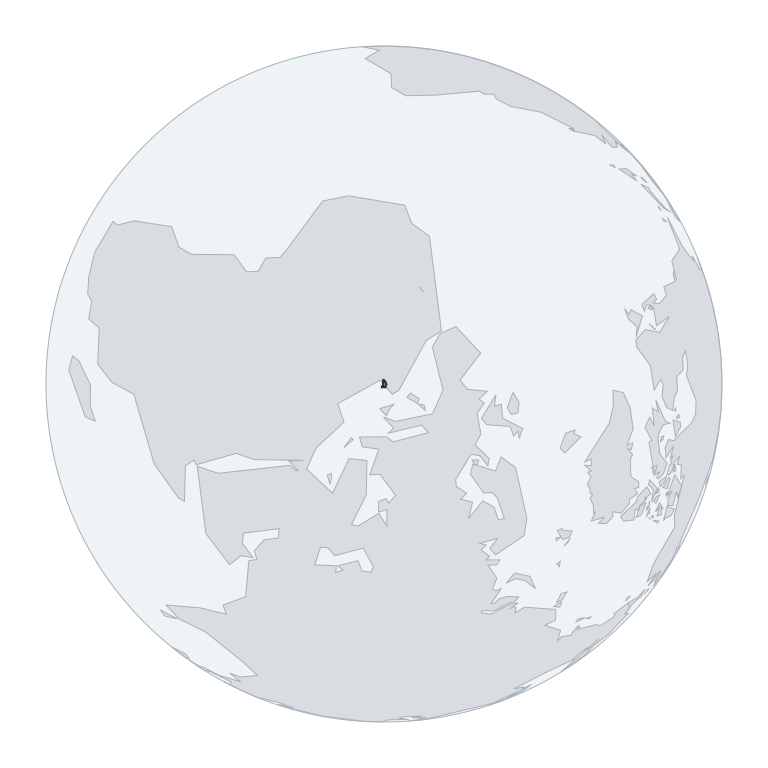 globe centered on Sfax, rotated 128°
{"feature_id": "TUN-114", "entity_name": "Sfax", "entity_type": "Governorate", "adm_level": 1, "iso_a3": "TUN", "parent_name": "Tunisia", "parent_adm1": "", "projection": "orthographic", "projection_center": [10.434, 34.714], "detail": "fine", "context": "on_globe", "style": "filled", "palette": "slate", "viewbox_px": 768, "rotation_deg": 128, "n_neighbors": 0, "source": "natural_earth", "source_scale": "10m", "svg_char_len": 11450}
<svg xmlns="http://www.w3.org/2000/svg" viewBox="0 0 768 768"><g transform="rotate(128 384 384)"><circle cx="384" cy="384" r="338" fill="#eef3f6" stroke="#a8b0b8"/><path d="M216.9,90.3L225.0,86.1L215.8,91.2L222.6,87.8L234.6,81.6L240.8,78.5L280.4,65.4L321.2,54.8L330.9,51.6L331.3,52.9L347.5,48.1L359.6,47.0L363.1,46.7L346.8,48.5L346.2,49.1L360.8,47.5L363.3,47.9L371.8,47.7L373.4,48.7L361.2,50.8L362.0,51.7L372.3,50.7L380.5,51.6L365.2,52.8L377.9,54.9L359.7,60.9L317.6,66.8L309.3,74.0L270.7,91.4L276.0,91.8L264.7,99.8L266.7,103.6L259.0,106.6L267.2,107.2L273.9,103.8L279.7,103.1L281.5,105.3L272.0,109.2L269.7,108.6L267.8,111.0L262.3,112.1L266.0,112.8L254.3,117.8L268.4,116.3L261.1,123.2L252.6,125.7L250.4,120.9L225.0,117.6L215.7,120.1L204.9,127.8L191.1,150.9L182.1,156.2L172.3,166.8L178.6,165.4L188.6,156.9L197.9,157.9L209.0,148.2L214.4,147.6L227.1,140.3L228.5,146.6L223.0,157.0L212.5,163.7L209.8,168.8L222.4,167.3L205.6,185.3L199.1,207.8L194.4,212.5L180.3,211.6L173.5,198.5L155.3,200.8L170.4,205.1L158.3,218.0L157.7,223.0L160.3,226.1L166.2,223.7L162.8,229.7L146.6,226.9L149.4,221.3L154.5,221.9L151.2,216.3L140.2,216.0L135.0,223.4L123.9,217.8L120.0,223.3L115.4,225.7L122.4,217.0L109.7,233.0L95.8,234.0L78.3,263.2L91.9,233.3L94.6,223.7L96.3,215.5L93.2,219.9L99.6,205.1L98.3,204.0L91.1,215.5L104.7,193.8L119.9,173.2L136.7,153.7L154.8,135.6L174.3,119.0L195.1,103.8L216.9,90.3ZM73.3,251.0L71.1,256.8L74.0,251.1L72.4,258.7L63.3,277.8L58.7,298.4L53.3,316.5L50.6,331.8L50.8,337.6L50.3,351.3L53.5,345.9L57.1,349.7L53.5,366.2L58.3,356.9L58.3,370.4L67.7,389.8L66.0,392.0L73.3,428.1L87.1,454.5L90.3,470.6L88.1,475.8L94.2,484.1L94.4,489.0L123.9,520.4L143.4,544.3L145.7,560.5L135.2,569.5L139.1,599.2L123.8,593.2L129.0,603.4L131.7,608.8L115.8,589.6L101.5,569.4L88.6,548.1L77.3,525.9L67.7,503.0L59.8,479.4L53.7,455.4L49.3,430.9L46.8,406.2L46.1,381.3L47.1,373.5L49.7,348.4L50.2,340.9L48.8,344.7L53.0,316.0L58.3,294.3L61.1,284.5L73.3,251.0ZM73.2,271.7L68.4,304.7L66.3,295.4L67.6,294.9L69.8,284.4L72.3,270.2L71.9,263.6L73.2,271.7ZM81.9,265.0L82.4,260.6L82.6,263.7L81.9,265.0ZM243.2,77.3L234.6,81.6L222.8,87.5L229.7,83.6L243.2,77.3ZM265.9,68.2L262.6,69.8L255.3,72.1L259.5,70.4L265.9,68.2ZM337.3,49.8L329.8,51.1L336.2,49.8L337.3,49.8ZM372.6,47.6L374.0,47.3L377.8,47.4L372.6,47.6ZM225.5,137.4L226.2,138.9L223.4,139.4L225.5,137.4ZM230.2,133.2L226.5,132.9L228.2,130.8L230.5,131.1L230.2,133.2ZM383.9,49.1L389.6,49.8L381.7,49.4L383.9,49.1ZM234.4,134.1L231.7,127.3L234.8,123.9L246.0,122.1L234.4,134.1ZM391.6,50.5L405.7,53.1L409.9,52.3L406.0,56.8L395.3,52.6L384.8,51.9L391.3,51.5L391.6,50.5ZM275.2,101.8L268.2,105.5L272.4,100.6L275.2,101.8ZM276.5,98.9L281.2,86.4L292.5,82.7L288.6,87.3L301.9,81.5L305.1,85.7L298.6,89.9L290.6,91.3L297.9,92.0L276.5,98.9ZM401.5,59.3L403.1,60.6L399.1,59.7L401.5,59.3ZM282.4,102.5L282.3,100.0L292.1,96.5L294.0,100.8L290.2,100.5L282.4,102.5ZM303.8,78.2L311.4,76.7L316.1,79.6L319.7,79.5L306.2,85.6L303.8,78.2ZM288.9,102.4L294.7,103.2L291.8,107.0L283.1,104.7L288.9,102.4ZM293.8,93.9L298.6,92.5L296.6,94.6L293.8,93.9ZM284.4,121.9L284.1,118.4L289.1,116.2L284.4,121.9ZM297.1,103.3L298.1,102.1L300.1,100.9L303.2,102.3L297.1,103.3ZM310.4,87.5L310.8,89.2L316.2,85.1L320.0,87.6L310.2,91.3L316.0,90.8L317.2,91.6L307.9,93.8L310.4,87.5ZM312.3,100.5L301.2,106.9L300.6,113.5L296.1,115.6L297.8,104.7L312.3,100.5ZM310.5,96.3L310.6,99.3L304.9,100.0L301.4,98.5L310.5,96.3ZM326.0,88.1L322.8,83.3L325.0,82.7L326.0,88.1ZM313.2,102.2L315.9,100.7L313.8,102.6L313.2,102.2ZM323.3,92.1L321.9,90.4L324.5,89.7L323.3,92.1ZM322.4,99.3L318.8,101.2L316.3,100.1L322.4,99.3ZM323.7,95.9L327.6,95.4L317.5,98.5L322.6,95.2L323.7,95.9ZM326.0,91.8L327.0,90.8L326.2,92.6L326.0,91.8ZM333.9,103.0L321.8,107.1L316.3,104.4L328.8,100.6L333.9,103.0ZM713.1,307.1L717.0,326.8L715.8,320.8L712.7,320.7L717.5,343.4L720.0,348.8L720.6,353.8L721.5,366.8L721.5,367.4L719.8,353.9L718.6,353.3L715.1,334.4L706.8,313.6L706.8,327.4L703.2,316.6L691.7,304.3L689.8,323.9L689.2,371.5L695.2,400.6L692.3,419.6L673.7,391.2L662.4,366.4L657.5,374.8L636.8,362.1L606.5,381.7L600.5,376.1L595.2,383.5L580.3,382.4L570.6,372.6L562.4,377.4L588.0,402.9L596.6,397.7L601.5,380.4L607.2,390.9L621.3,394.5L611.6,432.1L563.8,480.6L556.5,459.7L506.2,408.2L506.2,400.4L505.9,399.6L505.1,398.3L503.3,411.4L493.7,400.5L523.5,439.7L529.6,457.8L563.2,482.2L560.7,486.8L570.7,490.2L599.4,468.9L600.2,476.3L588.3,516.2L546.1,574.8L550.2,599.5L544.6,621.7L515.1,643.0L514.5,656.7L498.7,665.2L495.6,672.8L481.1,682.8L458.2,693.1L422.7,697.6L423.0,692.1L409.1,681.2L390.8,648.0L402.4,629.8L400.3,615.4L374.4,581.7L380.2,561.3L372.6,552.6L357.4,554.7L348.3,543.9L338.7,543.3L277.6,545.0L257.5,527.8L230.3,477.6L240.3,461.2L239.7,439.0L306.7,371.5L323.7,377.5L379.7,368.4L387.1,371.1L383.5,389.5L427.9,408.3L438.7,392.0L475.9,398.1L498.8,392.6L501.7,357.3L464.2,365.6L454.8,350.4L482.4,329.6L514.7,323.1L512.1,317.1L489.2,308.3L494.1,294.5L481.0,304.3L488.2,309.4L480.1,316.0L473.1,311.9L475.1,306.9L464.6,306.3L457.7,331.4L464.3,339.3L438.5,348.0L446.9,362.4L440.8,370.6L424.2,349.6L423.9,341.0L395.1,319.2L393.1,328.8L420.1,350.4L412.8,349.3L410.3,364.0L406.5,352.0L377.5,327.3L352.5,333.7L325.0,368.7L309.5,370.8L294.5,362.6L300.2,326.8L334.2,326.4L336.7,315.0L326.2,298.1L337.4,299.8L337.3,293.3L349.8,292.6L363.7,276.9L375.9,274.9L377.9,255.2L384.5,251.9L381.4,264.2L385.8,272.3L415.5,268.6L420.3,263.8L419.2,251.6L427.5,252.7L422.7,241.5L438.1,234.4L415.2,234.1L413.3,221.3L420.7,210.3L416.0,206.3L404.0,224.4L402.9,231.9L408.5,238.2L401.9,260.3L392.4,264.7L383.8,242.5L369.4,246.9L368.9,228.8L401.7,188.9L417.2,180.2L450.0,190.9L448.4,199.4L435.8,199.4L450.6,210.5L447.9,204.2L454.8,205.5L454.8,194.7L459.7,195.2L451.3,184.4L457.3,183.8L462.5,190.7L467.6,175.5L479.1,172.2L477.9,168.6L473.3,165.7L491.0,164.3L489.3,161.8L482.9,161.2L475.4,156.1L468.9,146.8L475.4,146.8L478.6,150.1L495.0,157.6L502.5,167.3L504.5,166.4L499.6,158.1L479.5,148.8L473.8,143.3L483.7,146.5L479.6,144.9L478.8,142.2L484.1,139.8L473.4,135.9L455.8,109.8L464.3,103.5L475.0,108.6L469.5,93.2L479.5,89.2L473.5,88.4L466.9,81.8L463.7,82.8L460.3,82.1L441.8,67.8L442.4,65.1L427.7,59.9L424.6,59.7L423.3,61.3L406.0,56.8L409.9,52.3L416.7,52.7L414.5,50.3L430.3,52.0L442.3,53.0L460.7,57.6L468.6,58.7L466.8,57.8L476.3,59.3L501.8,67.3L488.9,64.8L452.2,57.7L467.9,60.4L466.6,61.4L473.7,63.5L484.6,65.8L484.4,65.1L513.7,79.9L544.4,94.0L536.6,87.2L540.3,87.2L568.5,101.7L615.3,139.0L620.6,142.9L626.7,148.8L634.5,157.4L626.0,148.7L626.4,150.3L620.4,144.7L630.1,156.8L622.0,149.4L633.6,163.3L638.4,166.7L632.9,158.0L646.5,174.4L651.6,178.1L661.5,191.2L684.3,229.1L693.5,250.5L696.0,256.1L694.8,256.1L700.6,272.9L708.7,290.5L710.0,295.1L713.1,307.1ZM287.1,409.3L286.1,416.1L287.1,409.3ZM551.7,333.5L569.2,327.3L556.6,309.5L562.3,306.0L555.9,301.6L555.6,308.3L539.2,295.7L545.0,286.4L540.4,278.2L534.3,280.0L526.2,299.4L549.6,317.1L547.6,327.4L551.7,333.5ZM68.1,390.2L68.8,395.8L66.9,392.7L68.1,390.2ZM63.5,300.4L63.7,304.8L63.0,309.4L62.4,307.1L63.5,300.4ZM71.1,335.2L72.5,341.3L70.0,337.7L71.1,335.2ZM68.3,309.5L69.9,330.9L65.2,326.1L64.5,312.8L66.4,318.0L68.3,309.5ZM76.8,272.0L76.3,275.7L74.8,277.8L76.8,272.0ZM82.1,267.4L81.9,266.6L83.2,263.0L82.1,267.4ZM159.3,218.2L160.5,218.6L162.0,222.7L159.0,222.7L159.3,218.2ZM182.4,231.3L176.4,240.9L178.6,233.7L173.3,235.1L171.3,222.3L191.9,214.2L182.9,219.9L182.4,231.3ZM174.4,204.2L173.3,212.5L173.7,203.8L174.4,204.2ZM324.3,260.7L329.7,264.9L326.6,272.4L311.2,277.1L315.5,266.1L324.3,260.7ZM338.0,269.4L333.7,247.3L343.1,244.2L338.6,249.5L345.2,249.7L339.7,258.5L352.9,278.1L351.0,286.1L323.6,289.1L333.6,283.3L327.7,279.2L338.0,269.4ZM306.2,203.8L304.4,196.3L327.1,199.1L326.1,205.9L310.7,210.5L302.8,205.1L306.2,203.8ZM254.8,133.1L252.6,131.5L255.3,130.2L259.2,130.5L254.8,133.1ZM283.8,120.5L266.8,139.3L263.5,138.2L257.5,151.6L246.5,154.2L250.7,145.2L237.7,157.8L237.2,150.8L229.3,159.9L240.0,139.7L238.9,134.6L244.3,139.1L254.5,136.7L258.5,134.2L269.4,123.4L272.1,112.1L282.7,108.6L289.4,109.2L290.3,111.4L283.2,112.8L289.6,114.7L279.9,118.5L283.8,120.5ZM361.8,129.3L353.1,128.1L364.3,136.3L354.8,138.6L356.7,139.4L350.9,144.0L347.2,151.3L342.5,151.5L343.1,154.3L339.3,157.7L338.5,161.8L329.7,163.8L328.1,169.1L324.8,167.0L324.4,175.8L320.8,170.3L315.5,174.7L321.8,177.8L276.1,182.4L259.7,190.0L248.0,199.8L243.4,190.1L251.4,175.2L265.8,160.2L282.3,154.8L277.2,151.8L283.6,148.6L284.9,152.3L286.6,144.7L292.2,143.2L305.1,132.3L304.1,123.3L308.8,119.5L312.0,122.3L314.4,116.6L323.6,119.5L327.2,117.0L339.8,117.7L343.9,125.2L347.6,121.9L357.3,122.9L361.8,129.3ZM337.4,103.4L344.5,110.8L342.7,116.0L321.5,112.7L317.0,114.6L303.3,113.5L306.1,106.2L309.8,107.1L314.0,106.3L311.4,108.9L316.6,106.3L321.8,107.6L327.3,106.1L328.1,108.8L337.4,103.4ZM393.9,363.8L399.4,364.2L407.5,362.7L406.1,372.2L393.9,363.8ZM373.9,347.2L378.6,345.7L380.5,357.7L374.8,357.6L373.9,347.2ZM379.5,335.2L378.7,344.7L375.8,339.6L379.5,335.2ZM385.6,262.5L390.4,260.7L391.5,263.4L389.6,267.9L385.6,262.5ZM393.0,157.2L388.3,154.9L389.3,153.3L384.0,145.3L390.7,143.4L396.5,147.5L393.0,157.2ZM496.3,364.7L490.7,372.7L486.8,370.4L489.5,368.1L496.3,364.7ZM447.0,374.0L459.0,376.4L446.4,376.6L447.0,374.0ZM399.3,153.8L396.4,150.6L401.6,151.7L399.3,153.8ZM395.3,141.7L401.0,142.2L390.9,142.3L395.3,141.7ZM593.8,599.1L567.0,641.1L553.5,646.6L553.8,638.2L565.5,614.7L582.0,602.2L590.9,588.7L593.8,599.1ZM721.9,389.5L719.0,374.6L720.1,368.5L721.7,370.8L721.9,389.5ZM696.3,402.3L701.9,414.3L699.6,420.8L696.3,402.3ZM699.3,263.7L701.1,269.7L699.5,266.0L696.2,256.2L699.3,263.7ZM452.0,138.6L452.0,151.4L456.3,160.5L465.7,165.1L452.5,164.6L445.7,150.5L452.0,138.6ZM454.7,113.1L446.4,110.0L449.9,108.4L452.3,108.8L454.7,113.1ZM449.8,113.3L440.0,115.4L435.2,111.8L444.0,110.8L449.8,113.3ZM419.9,133.3L419.4,137.0L415.2,135.9L419.9,133.3ZM572.8,103.8L561.1,96.4L557.5,94.0L572.8,103.8ZM555.0,92.7L557.3,94.3L535.8,85.5L529.8,82.9L543.0,86.3L545.8,88.2L552.2,91.4L555.0,92.7ZM406.2,60.2L403.4,60.6L404.1,59.5L406.2,60.2ZM458.7,82.9L454.2,81.6L455.2,80.0L458.7,82.9ZM442.4,77.7L444.4,80.2L439.6,77.5L442.4,77.7ZM449.5,86.4L443.9,81.3L453.1,86.2L449.5,86.4Z" fill="#d9dde1" stroke="#a8b0b8" stroke-width="1"/><path d="M386.8,381.8L386.8,382.1L386.7,382.3L386.3,382.6L386.3,382.8L386.3,383.1L386.1,383.2L386.1,383.3L386.1,383.5L385.9,383.6L385.7,383.8L385.6,384.0L385.4,384.3L385.0,384.4L384.9,384.5L384.8,384.8L384.8,385.0L384.7,385.1L384.2,385.2L384.0,385.3L383.7,385.7L383.5,385.8L383.4,385.8L383.4,385.7L383.3,385.8L383.2,385.8L383.1,386.0L382.8,386.1L382.7,386.2L382.5,386.3L382.4,386.4L382.3,386.6L382.1,386.9L382.0,387.1L381.9,387.2L381.7,387.2L381.7,387.3L381.5,387.2L381.4,387.2L381.2,387.0L381.2,386.9L380.9,386.9L380.7,386.9L380.5,386.7L380.6,386.8L380.7,386.7L380.6,386.4L380.6,386.2L380.8,386.1L381.1,386.0L381.2,385.9L381.4,385.7L381.5,385.7L381.8,385.6L382.1,385.4L382.2,385.2L381.7,384.8L381.1,384.7L381.0,384.4L381.1,384.2L381.8,383.1L382.2,382.2L382.3,382.0L382.5,381.7L382.8,381.5L383.0,381.4L383.6,381.5L383.8,381.7L384.5,381.4L384.7,381.2L384.8,381.0L384.9,380.9L385.3,381.0L385.5,381.0L385.5,380.9L385.6,380.7L385.7,380.8L385.8,380.8L385.8,381.1L385.9,381.3L386.0,381.4L386.3,381.3L386.5,381.7L386.8,381.8L386.8,381.8ZM388.0,383.6L388.2,383.8L387.7,384.1L387.4,384.3L387.3,384.2L387.5,384.0L387.6,383.9L387.6,383.7L387.6,383.8L387.8,383.8L387.8,383.7L387.9,383.4L388.0,383.3L388.1,383.5L388.0,383.6ZM386.6,384.3L386.7,384.2L387.2,384.2L387.3,384.3L387.2,384.4L387.0,384.5L386.9,384.5L386.7,384.4L386.6,384.3Z" fill="#64748b" stroke="#1e293b" stroke-width="1.5"/></g></svg>